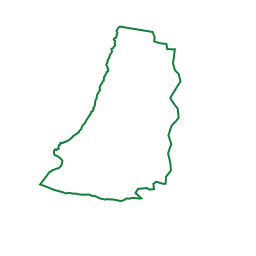 Ledzokuku Municipal, Greater Accra, Ghana, rotated 32°
{"feature_id": "2480657B94892111901595", "entity_name": "Ledzokuku Municipal", "entity_type": "district", "adm_level": 2, "iso_a3": "GHA", "parent_name": "Ghana", "parent_adm1": "Greater Accra", "projection": "albers", "projection_center": [-0.125, 5.602], "detail": "fine", "context": "isolated", "style": "outline", "palette": "green", "viewbox_px": 256, "rotation_deg": 32, "n_neighbors": 0, "source": "geoboundaries", "source_scale": "gbopen_adm2", "svg_char_len": 3141}
<svg xmlns="http://www.w3.org/2000/svg" viewBox="0 0 256 256"><g transform="rotate(32 128 128)"><path d="M67.4,46.3L66.6,48.8L66.8,51.5L67.2,52.2L67.5,52.4L68.3,52.5L68.8,53.4L68.8,54.8L69.4,55.4L70.0,57.9L69.2,58.9L68.9,59.5L68.8,60.2L69.6,60.8L70.9,61.0L71.1,61.8L71.5,62.3L71.7,63.1L73.2,64.4L73.3,65.0L72.9,66.3L73.1,67.7L72.1,69.7L73.6,71.4L74.0,72.0L74.2,72.9L73.9,75.1L74.4,77.1L74.8,79.1L74.8,80.4L74.9,81.8L75.2,82.1L75.7,82.6L75.8,84.1L76.0,85.6L76.1,86.0L77.1,86.6L77.7,86.8L78.3,87.1L79.3,88.5L80.0,88.5L80.5,89.2L81.0,90.6L80.8,91.1L80.2,91.7L80.7,93.5L80.6,94.2L80.9,96.9L80.6,97.5L82.2,100.4L82.2,101.0L81.9,101.6L81.9,102.8L82.3,103.6L82.1,104.5L82.1,105.0L82.2,105.7L82.1,106.9L82.2,107.5L82.4,108.6L82.9,109.0L83.3,109.8L84.2,110.8L84.1,111.7L84.1,115.1L84.8,117.9L85.7,119.2L85.7,121.3L85.8,122.0L86.3,123.2L87.6,125.8L88.0,126.7L88.1,127.6L88.0,128.0L87.9,129.2L88.8,129.9L88.6,131.0L89.1,132.5L88.2,133.6L88.2,134.1L88.7,134.7L88.9,135.5L88.5,136.9L88.9,138.1L88.8,138.7L88.7,139.4L88.6,141.0L88.7,142.6L88.4,143.7L88.9,146.3L88.4,149.0L88.2,150.0L88.3,151.6L88.6,152.7L88.9,153.7L88.9,154.3L88.2,156.0L88.1,156.8L88.5,157.2L88.4,158.1L85.8,163.8L85.5,165.7L85.0,167.7L84.5,168.9L83.9,170.6L83.1,171.2L82.8,172.4L82.2,173.1L81.7,173.3L81.3,173.7L81.3,174.5L80.7,174.9L80.3,175.7L79.6,175.8L78.7,176.2L78.6,176.8L79.1,177.5L79.1,178.7L78.5,179.3L79.0,180.4L79.1,181.2L80.2,182.3L79.0,183.8L78.9,184.7L78.3,184.9L77.7,184.7L77.4,184.9L77.5,185.8L77.3,186.6L78.0,187.7L78.4,188.3L79.0,189.0L79.4,189.3L80.5,189.8L82.1,189.5L83.6,189.2L85.2,189.5L86.7,189.6L88.0,189.9L89.3,190.4L89.9,190.7L90.4,192.5L91.0,193.3L91.1,194.5L91.2,195.8L91.0,196.7L90.9,197.5L90.5,198.5L89.5,200.0L88.6,200.6L87.7,202.3L86.2,203.9L85.9,204.6L85.7,205.9L84.8,206.6L84.6,208.2L84.5,210.3L83.4,222.5L88.4,221.3L90.4,221.0L93.1,220.5L94.6,220.3L96.1,220.0L97.0,219.9L97.9,219.6L99.4,219.2L100.3,219.0L101.1,218.7L101.8,218.6L102.5,218.2L103.5,218.1L104.9,217.5L105.6,217.4L106.2,217.0L106.9,217.0L107.6,216.8L108.6,216.7L109.4,216.7L110.3,216.1L111.7,214.8L112.0,214.7L113.8,213.6L116.5,212.6L119.1,211.0L121.2,210.4L122.6,209.7L124.3,209.1L124.9,208.4L125.2,208.2L125.7,207.9L126.2,207.9L126.6,207.7L127.5,206.7L128.3,206.5L129.8,205.3L130.5,205.1L131.0,204.9L131.9,204.8L133.4,204.7L135.0,203.6L136.0,203.2L137.7,202.9L140.6,202.8L143.7,201.9L145.0,201.3L146.5,200.9L147.8,199.4L149.8,198.6L150.9,197.9L152.2,197.1L155.2,195.7L158.6,194.5L160.1,194.1L162.6,191.7L163.3,190.0L163.7,189.0L164.6,188.2L165.6,187.9L166.8,187.0L168.3,185.3L170.5,184.0L172.7,183.0L173.7,182.3L175.1,181.8L175.9,181.2L176.5,180.6L168.8,179.2L168.8,174.3L172.1,171.8L175.8,168.9L178.7,168.9L182.4,166.1L179.1,161.9L180.3,158.7L187.7,156.6L189.4,155.4L186.1,149.2L186.9,141.4L182.8,135.6L175.4,128.2L174.1,122.9L173.3,118.7L166.3,113.0L164.7,107.2L163.8,102.7L165.1,96.5L165.5,92.4L159.7,85.0L156.8,84.2L152.7,82.5L148.2,80.5L147.8,78.0L147.8,69.0L147.8,64.8L147.8,60.7L142.4,55.4L137.1,54.1L131.7,49.2L129.7,44.3L126.0,36.4L123.5,38.1L119.4,40.2L116.1,36.4L109.9,39.3L104.2,40.6L102.5,36.9L98.0,33.5L67.4,46.3Z" fill="none" stroke="#15803d" stroke-width="2"/></g></svg>